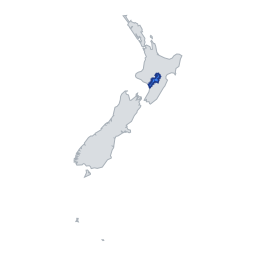 location of Rangitikei District, Manawatu-Wanganui, New Zealand
{"feature_id": "76426892B73880124121288", "entity_name": "Rangitikei District", "entity_type": "district", "adm_level": 2, "iso_a3": "NZL", "parent_name": "New Zealand", "parent_adm1": "Manawatu-Wanganui", "projection": "albers", "projection_center": [175.797, -39.716], "detail": "fine", "context": "in_parent", "style": "filled", "palette": "blue", "viewbox_px": 256, "rotation_deg": 0, "n_neighbors": 0, "source": "geoboundaries", "source_scale": "gbopen_adm2", "svg_char_len": 6209}
<svg xmlns="http://www.w3.org/2000/svg" viewBox="0 0 256 256"><path d="M129.9,100.3L130.9,100.4L135.6,96.6L137.5,95.7L138.1,95.6L137.0,96.8L137.3,97.5L136.2,100.1L137.2,99.7L137.7,97.9L138.3,97.6L138.0,96.6L140.9,96.8L140.0,98.6L138.5,99.7L139.4,99.7L141.5,97.9L141.5,98.9L138.8,102.0L139.7,103.6L139.0,105.0L139.8,104.8L140.9,105.8L140.3,107.2L137.3,110.7L136.9,112.5L134.3,115.6L131.5,121.4L126.2,125.2L127.2,126.2L125.4,127.6L126.9,127.3L128.0,129.5L130.4,130.1L130.6,132.2L129.1,132.8L127.5,131.9L125.3,132.3L126.0,131.4L125.1,130.9L123.5,132.7L121.0,130.7L122.4,133.1L117.9,136.0L116.0,136.3L115.3,137.9L114.2,138.0L114.9,138.5L113.8,146.1L112.5,146.1L113.8,146.9L113.6,147.7L112.2,149.9L110.4,155.8L111.3,157.1L111.2,158.1L107.5,159.8L102.3,167.1L97.3,168.4L94.4,167.8L91.2,168.6L90.5,166.7L89.3,165.7L86.3,166.0L84.7,164.0L83.4,163.6L82.1,164.9L77.4,165.1L76.5,164.9L76.3,164.1L77.8,161.7L76.3,163.1L75.6,163.0L76.2,162.0L76.0,161.1L74.2,162.2L74.1,160.3L78.3,158.7L76.6,158.7L76.4,158.0L77.9,156.5L75.7,156.8L75.9,155.1L77.2,155.0L76.6,153.8L79.2,154.8L78.8,153.7L79.7,153.3L77.9,152.6L77.8,151.4L78.6,150.4L79.8,150.7L78.9,149.7L80.8,147.4L81.4,149.0L81.4,146.7L83.9,144.3L85.0,145.0L84.4,143.0L88.5,137.5L90.9,135.9L92.3,136.1L94.5,134.3L95.6,134.8L95.1,133.7L95.3,133.2L101.1,129.8L101.1,128.8L101.7,128.6L101.2,128.4L104.5,124.9L105.9,125.1L105.0,124.2L106.4,123.2L107.8,123.8L106.9,122.8L108.2,122.2L108.9,123.0L108.9,121.7L110.8,119.0L111.3,121.1L111.5,120.8L111.3,118.7L112.7,116.2L113.8,115.7L113.2,115.0L115.0,107.3L117.2,106.3L119.1,103.9L120.3,99.7L120.6,96.5L121.7,94.1L125.1,91.0L128.0,90.9L126.0,91.3L125.8,92.9L126.4,94.2L128.5,95.0L129.9,100.3ZM125.8,16.7L129.3,22.1L130.9,20.4L131.2,21.6L134.4,23.1L135.0,22.5L137.7,23.9L138.1,25.9L139.9,25.2L142.2,29.3L141.9,30.4L142.6,31.8L140.8,32.0L144.9,38.3L144.5,40.5L145.1,42.0L144.2,44.9L145.9,45.7L146.5,45.0L150.0,46.7L150.8,49.4L152.4,49.3L151.8,42.9L150.8,41.3L151.5,40.3L153.8,43.7L154.7,43.5L155.7,46.3L156.8,52.2L158.2,54.1L157.4,53.8L157.3,54.3L158.0,54.8L164.5,57.9L169.4,59.3L172.2,58.1L173.9,55.8L176.7,54.0L179.3,54.2L181.9,55.8L180.4,59.1L178.9,66.4L176.0,68.4L175.3,72.1L175.8,73.7L175.2,74.9L174.1,73.2L171.6,72.7L167.2,74.5L166.0,76.3L165.9,78.6L167.5,80.1L164.8,86.1L163.4,87.8L156.7,99.1L150.4,104.1L149.6,103.6L149.0,101.7L146.4,101.8L146.5,99.5L146.2,99.3L145.2,100.6L144.1,100.2L148.9,91.8L149.8,87.7L148.8,85.5L147.4,83.5L143.2,81.8L141.1,79.7L137.1,78.1L135.9,77.1L135.4,75.8L136.1,73.6L138.3,72.2L141.4,71.3L143.3,69.0L144.3,62.1L145.5,59.5L145.1,58.0L146.4,56.8L144.4,52.4L144.7,51.1L144.1,50.9L142.9,48.1L143.6,48.0L144.4,49.5L145.1,48.2L146.3,47.9L144.8,46.2L143.0,46.7L141.8,46.2L140.8,43.5L138.8,40.6L139.4,40.5L141.0,42.0L141.5,40.8L140.5,39.2L140.8,37.5L139.5,36.5L139.4,37.6L137.2,36.1L135.9,33.5L136.0,34.8L138.6,38.6L137.9,39.4L137.4,39.0L130.7,29.0L132.8,26.2L131.5,26.8L130.4,28.5L129.7,27.8L129.3,26.6L127.6,24.9L128.3,23.9L128.3,22.6L123.1,15.8L126.6,15.4L125.8,16.7ZM87.6,170.0L89.5,172.4L88.5,172.3L88.6,172.8L90.4,173.2L90.4,174.4L84.5,177.2L86.5,172.7L86.1,170.2L87.6,170.0ZM77.7,220.4L78.4,221.9L76.4,221.3L75.5,221.8L76.8,220.1L76.8,218.3L78.2,218.4L77.7,220.4ZM152.1,36.6L152.4,38.5L150.4,37.1L150.3,36.1L150.8,35.4L152.1,36.6ZM137.2,95.0L136.0,95.7L136.2,94.1L137.6,93.1L137.2,95.0ZM76.0,158.2L75.9,159.1L74.2,158.9L75.4,157.7L76.0,158.2ZM103.3,239.7L103.8,240.3L103.0,240.6L102.1,239.8L103.3,239.7ZM77.4,152.1L77.9,153.6L76.7,153.0L77.4,152.1Z" fill="#d9dde1" stroke="#a8b0b8" stroke-width="1"/><path d="M155.2,75.2L155.4,75.3L155.6,75.2L155.8,75.3L155.9,75.2L156.0,75.1L156.3,74.9L156.5,74.9L156.6,75.0L156.8,75.1L156.6,75.2L156.6,76.1L157.1,76.1L157.1,76.3L157.0,76.5L156.9,76.8L156.6,76.8L156.6,76.7L155.8,76.8L155.8,77.8L155.6,78.1L155.4,78.0L154.8,78.2L154.8,78.3L154.7,78.4L154.5,78.6L154.4,78.6L154.2,78.7L154.1,78.8L154.0,78.7L153.9,78.5L153.8,78.4L153.6,78.5L153.4,78.2L153.0,78.1L152.9,78.4L152.0,78.4L152.0,78.8L152.1,79.0L152.0,79.3L151.8,79.5L151.7,79.5L152.0,79.8L151.9,79.9L152.0,79.9L152.0,80.0L152.2,80.3L152.1,80.6L151.9,80.8L151.9,81.0L151.7,81.3L151.6,81.6L151.6,81.9L151.3,81.9L151.3,82.0L151.0,82.0L150.9,82.1L150.9,82.3L150.7,82.3L150.6,82.5L150.4,82.5L150.2,82.3L150.1,82.5L149.9,82.6L150.0,82.6L150.1,82.8L150.0,83.0L149.9,83.1L150.0,83.2L149.9,83.2L150.0,83.3L149.9,83.4L149.9,83.5L149.9,83.8L149.7,83.7L149.6,83.8L149.4,83.9L149.4,84.0L149.2,84.1L148.9,84.1L148.7,84.2L148.5,84.4L148.5,84.5L148.4,84.5L148.4,84.4L148.3,84.6L148.7,85.1L148.9,85.4L149.1,85.9L149.3,86.6L149.5,87.6L149.8,87.7L149.9,87.8L150.0,87.7L150.3,87.5L150.3,87.4L150.4,87.2L150.5,87.0L150.5,86.9L150.5,86.7L150.8,86.4L151.0,86.4L151.3,86.2L151.5,86.1L151.4,86.0L151.5,85.9L151.5,85.7L151.5,85.4L151.5,85.2L151.8,85.1L151.9,84.9L152.0,85.0L152.1,84.8L152.0,84.7L152.2,84.4L152.3,84.4L152.5,84.4L152.5,84.2L152.8,84.3L152.9,84.2L153.0,84.1L153.0,83.9L153.3,83.8L153.4,83.7L153.4,83.4L153.5,83.3L153.4,83.3L153.4,83.2L153.5,83.3L153.5,83.2L153.4,83.2L153.5,83.1L153.6,82.8L153.7,82.7L153.8,82.7L154.0,82.6L154.3,82.4L154.4,82.2L154.5,82.2L154.8,82.1L154.8,81.9L154.8,81.7L154.9,81.8L154.9,81.7L155.0,81.7L155.3,81.6L155.6,81.6L155.9,81.8L156.0,81.7L156.1,81.8L156.4,82.0L156.5,82.1L156.8,82.1L157.0,82.1L157.4,82.4L157.8,82.6L158.0,82.7L158.1,82.3L158.1,82.2L158.2,81.9L158.5,80.9L158.5,80.6L158.6,80.1L158.8,80.0L158.7,79.9L158.4,79.7L158.6,79.3L158.6,79.2L158.4,79.1L158.2,78.9L158.5,78.9L158.7,78.6L158.8,78.6L158.8,78.4L159.1,78.3L159.1,78.2L159.3,78.0L159.5,77.9L159.5,78.0L159.5,77.9L159.7,78.0L159.7,77.9L159.8,77.9L159.9,78.0L160.0,77.9L160.1,77.7L160.0,77.8L159.9,77.8L159.9,77.7L159.8,77.4L159.8,77.2L159.9,76.9L160.0,76.8L159.9,76.8L160.0,76.7L159.9,76.7L160.0,76.7L159.9,76.5L160.0,76.5L160.0,76.4L160.0,76.2L159.8,76.3L159.9,76.2L159.7,76.1L159.4,76.0L159.5,76.0L159.4,75.9L159.5,75.8L159.5,75.7L159.7,75.4L159.8,75.3L159.8,75.2L159.7,75.2L159.7,74.9L159.7,74.7L159.3,74.7L159.1,74.5L158.9,74.5L158.7,74.3L158.8,74.2L158.7,74.1L158.6,73.9L158.6,73.7L158.6,73.4L158.4,73.3L158.2,73.4L158.0,73.5L157.9,73.5L157.6,73.6L156.6,73.5L156.6,73.8L156.4,74.0L156.1,74.0L155.8,74.2L155.8,74.3L155.6,74.6L155.5,74.8L155.4,75.0L155.2,75.2Z" fill="#3b82f6" stroke="#1e3a8a" stroke-width="1.5"/></svg>